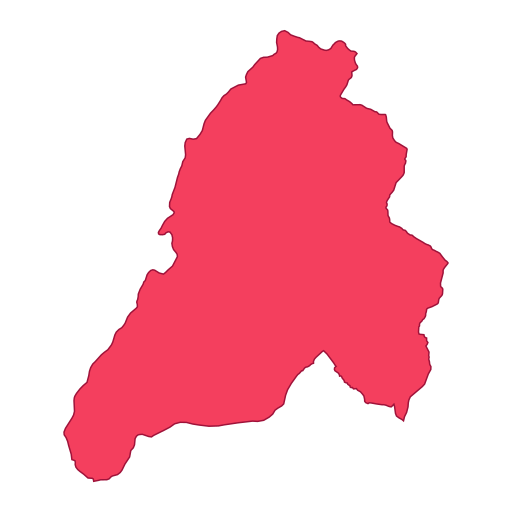 the district of Guadalupe, Santander, Colombia
{"feature_id": "7082276B99610828489560", "entity_name": "Guadalupe", "entity_type": "district", "adm_level": 2, "iso_a3": "COL", "parent_name": "Colombia", "parent_adm1": "Santander", "projection": "orthographic", "projection_center": [-73.394, 6.237], "detail": "fine", "context": "isolated", "style": "filled", "palette": "rose", "viewbox_px": 512, "rotation_deg": 0, "n_neighbors": 0, "source": "geoboundaries", "source_scale": "gbopen_adm2", "svg_char_len": 6000}
<svg xmlns="http://www.w3.org/2000/svg" viewBox="0 0 512 512"><path d="M71.9,459.6L73.8,460.2L75.0,460.8L75.3,462.2L75.2,464.6L75.9,467.1L77.7,469.5L79.9,471.4L83.7,474.2L88.0,478.0L92.3,478.3L93.3,479.0L93.7,481.3L98.3,480.4L100.6,479.8L106.9,479.7L109.2,478.8L110.8,477.0L112.3,476.0L117.5,474.6L120.2,472.5L122.0,470.1L124.9,464.1L129.6,457.0L130.8,450.5L133.3,447.8L134.5,444.8L135.1,438.6L136.5,436.1L138.2,434.8L139.9,434.5L142.3,434.3L148.7,436.5L151.5,436.9L153.6,435.4L164.1,430.2L170.0,427.1L174.6,423.8L180.2,422.3L186.4,422.4L192.7,424.0L199.0,425.0L208.9,426.2L218.4,425.9L224.3,424.8L237.9,422.8L252.6,421.1L257.6,421.4L263.7,420.3L269.2,417.1L272.7,414.1L275.1,410.1L277.9,408.1L281.7,405.9L283.7,403.9L285.6,395.2L287.6,389.7L291.3,383.4L296.6,376.0L297.8,374.5L299.3,373.4L301.6,370.8L302.7,370.7L304.6,368.0L305.7,367.2L307.6,366.8L309.6,365.7L310.7,364.5L312.5,363.5L313.5,363.3L313.5,361.2L314.5,359.0L316.0,357.3L321.1,352.6L322.4,351.4L323.6,350.7L327.1,354.1L333.7,362.9L335.5,365.8L336.1,366.3L334.6,367.8L334.4,369.3L334.9,370.7L338.5,373.2L339.4,374.9L339.6,376.1L340.7,375.9L341.5,376.4L342.4,378.4L343.5,379.6L344.2,380.7L344.5,382.1L346.1,382.8L347.4,383.1L347.7,384.2L348.7,385.0L349.9,385.5L350.1,386.9L351.1,387.6L352.4,387.5L353.5,388.9L356.4,388.6L357.6,390.2L360.5,391.8L362.6,394.2L363.9,396.0L364.6,399.2L364.7,401.3L365.7,402.6L368.0,403.6L369.2,402.8L370.9,402.9L376.4,403.9L381.9,404.7L383.9,404.7L386.0,405.2L388.6,406.3L390.4,406.8L391.4,406.8L393.9,404.2L394.6,406.8L395.5,413.4L396.5,416.0L398.9,417.8L402.1,419.6L403.5,420.8L404.5,416.7L406.6,412.4L408.0,406.9L408.3,402.7L408.9,399.9L410.3,396.8L422.3,386.6L424.6,384.1L428.3,374.0L430.8,369.5L430.9,366.6L429.7,364.3L429.4,361.5L428.7,359.1L429.1,357.1L428.7,355.6L429.0,352.1L425.9,346.0L427.1,344.4L427.9,342.5L426.6,340.7L426.6,338.0L425.4,337.6L424.4,336.7L423.9,334.7L420.0,334.3L419.0,334.0L418.5,332.0L418.8,326.9L419.5,325.9L419.5,324.2L419.8,323.1L422.0,320.9L422.5,319.8L424.0,318.7L425.2,316.7L425.5,316.0L425.7,314.9L425.6,313.9L426.2,312.0L426.5,310.7L426.5,309.5L426.8,309.0L427.9,308.1L431.9,306.7L437.2,304.0L437.9,303.4L438.3,302.6L438.8,299.4L439.4,298.1L441.7,295.6L442.2,294.8L442.5,293.8L442.8,289.4L442.6,288.6L442.1,287.9L440.8,286.7L440.6,286.3L440.5,283.0L443.1,273.0L443.1,270.4L443.5,269.2L444.6,267.5L447.9,263.4L448.0,262.8L446.8,261.4L445.1,260.2L442.2,256.6L439.8,253.3L437.6,252.0L436.4,251.5L434.1,250.2L432.9,249.8L431.8,248.9L430.8,246.6L430.3,246.0L428.2,244.9L426.8,244.5L424.9,243.6L423.3,242.5L416.3,238.5L413.3,236.4L412.6,235.5L411.7,235.1L410.2,235.0L409.0,234.2L407.9,233.5L406.8,232.4L406.5,231.6L405.1,230.3L403.5,230.0L402.8,229.6L401.8,228.4L399.5,226.9L398.1,226.5L394.9,225.3L391.6,223.6L389.9,222.2L389.7,221.6L389.7,219.9L389.4,218.1L388.0,215.5L387.9,211.9L387.7,210.2L387.3,209.6L386.2,208.5L386.0,207.7L386.0,207.1L386.6,206.4L387.0,205.5L387.1,203.9L386.7,203.4L386.5,202.6L386.6,201.9L387.2,200.5L389.6,196.8L389.7,195.3L389.9,194.7L392.1,192.3L393.7,190.2L396.1,182.6L401.4,177.1L403.0,175.3L403.8,173.7L404.2,172.4L404.2,166.1L404.7,164.5L405.4,163.5L405.8,161.4L405.8,160.6L405.5,160.1L404.8,159.4L404.8,158.7L406.1,156.8L406.2,154.5L407.1,149.3L406.7,148.4L406.1,148.0L398.7,143.5L396.9,142.7L395.6,141.9L394.3,140.3L392.8,137.9L392.4,135.5L392.5,131.9L392.2,130.6L391.7,129.9L390.0,128.3L387.0,122.3L386.7,121.2L386.3,117.0L385.6,114.7L385.2,114.5L381.0,114.5L378.8,114.2L377.2,112.4L376.5,111.9L374.9,111.7L370.7,109.3L367.3,108.5L366.3,108.1L361.9,105.2L360.1,104.7L352.9,104.8L352.0,103.7L349.7,101.7L346.3,99.7L345.3,98.9L344.7,98.6L342.8,98.5L342.0,98.3L340.6,97.2L340.2,96.3L340.3,95.5L340.7,94.7L343.9,89.3L345.8,86.7L346.9,84.8L348.4,80.1L349.2,79.2L351.0,77.8L351.4,77.3L351.9,76.0L352.0,75.2L351.7,72.3L351.8,71.9L353.8,70.7L356.5,69.4L357.6,67.7L357.6,67.2L357.4,66.1L356.1,64.4L355.3,62.8L354.5,60.2L354.4,59.0L354.4,57.3L354.9,56.3L357.0,53.6L355.7,52.2L354.8,51.6L353.8,51.3L351.0,51.1L349.4,50.0L347.7,48.5L345.9,46.2L345.5,45.2L345.6,44.3L344.8,43.3L343.6,42.3L341.6,41.1L339.8,40.9L338.6,41.0L337.7,41.3L335.3,42.6L334.6,43.5L333.0,45.0L330.8,48.5L328.7,49.8L326.4,50.4L324.6,50.2L320.7,48.9L318.6,47.2L317.2,45.4L314.4,43.7L313.5,42.7L312.0,41.7L309.4,41.3L305.9,41.0L299.4,37.7L297.8,37.4L294.2,36.2L290.6,34.8L288.0,32.4L284.7,30.7L281.5,31.4L279.0,33.1L277.3,35.6L276.8,38.9L276.6,42.4L277.5,47.0L277.6,49.5L277.1,51.7L276.1,53.2L274.1,54.3L272.7,55.6L267.3,57.2L263.6,57.3L260.4,58.4L254.7,64.6L252.9,67.1L247.9,71.6L246.5,74.4L245.6,77.1L246.5,82.5L245.7,83.8L238.4,85.1L230.9,89.0L228.3,92.2L226.4,94.1L224.0,95.6L222.1,97.7L220.6,100.4L217.9,104.7L216.2,107.0L213.6,110.0L210.5,113.2L205.4,120.3L204.1,123.6L202.3,130.6L200.0,134.4L196.5,138.6L193.2,139.2L189.4,138.4L186.8,139.1L185.2,142.6L184.8,146.0L185.6,154.8L185.2,157.8L182.8,161.6L181.8,165.9L180.4,168.6L179.2,171.8L178.7,174.1L177.5,177.4L175.0,187.4L172.3,194.4L171.8,196.9L171.1,199.0L169.7,202.4L169.5,206.5L170.4,208.6L173.9,211.5L174.2,212.8L173.0,214.7L167.5,218.3L164.7,221.4L162.4,225.5L161.1,228.2L159.5,230.4L158.4,232.4L158.6,233.9L159.7,234.6L162.4,234.7L164.7,234.3L166.0,232.8L168.1,231.8L170.0,232.1L171.9,234.7L172.6,237.8L172.5,241.0L171.9,243.3L172.4,246.6L173.6,249.6L176.1,252.6L177.2,254.4L177.4,256.7L172.5,266.1L168.1,269.9L165.6,272.4L163.5,274.1L159.2,273.0L154.7,270.2L152.8,269.8L150.7,270.5L148.6,272.5L147.1,274.8L145.3,280.5L143.8,282.0L143.1,284.3L140.2,289.2L138.3,294.1L138.2,296.6L137.7,299.4L136.9,301.3L136.8,302.4L137.3,304.4L137.4,306.8L136.3,308.2L130.6,313.0L127.6,317.1L125.1,323.3L123.6,325.5L121.8,327.7L118.9,329.5L116.3,332.1L114.9,334.9L112.8,342.0L111.4,345.0L107.8,349.8L104.5,352.2L101.4,354.8L95.2,361.7L92.8,364.0L90.7,367.6L89.5,371.2L88.8,375.6L87.0,382.4L83.3,385.5L80.0,388.9L76.5,393.4L74.8,396.3L74.3,397.9L74.0,400.6L74.5,411.3L73.6,415.0L72.0,418.1L65.5,428.3L64.0,432.1L64.2,434.8L66.1,437.6L67.7,441.5L68.6,445.3L71.2,454.1L71.9,459.6Z" fill="#f43f5e" stroke="#9f1239" stroke-width="1.5"/></svg>